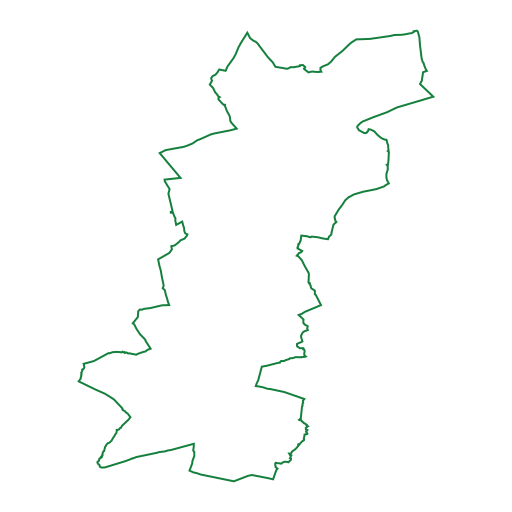 Audnedal nor, Vest-Agder, Norway (Natural Earth projection)
{"feature_id": "86288312B28435141064864", "entity_name": "Audnedal nor", "entity_type": "district", "adm_level": 2, "iso_a3": "NOR", "parent_name": "Norway", "parent_adm1": "Vest-Agder", "projection": "natural_earth1", "projection_center": [7.384, 58.371], "detail": "fine", "context": "isolated", "style": "outline", "palette": "green", "viewbox_px": 512, "rotation_deg": 0, "n_neighbors": 0, "source": "geoboundaries", "source_scale": "gbopen_adm2", "svg_char_len": 6019}
<svg xmlns="http://www.w3.org/2000/svg" viewBox="0 0 512 512"><path d="M273.1,479.3L276.2,470.4L277.5,468.6L275.7,467.3L275.7,466.3L275.4,466.0L275.2,464.1L275.2,463.6L275.7,462.8L277.6,463.2L280.3,463.4L281.0,463.7L281.7,463.5L282.3,462.7L283.9,461.9L286.0,461.7L288.3,462.3L290.8,459.9L291.0,459.0L291.0,458.6L290.1,458.2L290.4,457.8L290.3,457.4L291.3,455.5L289.8,454.9L289.6,454.2L289.2,453.6L291.0,453.6L291.7,452.1L292.6,451.0L294.6,449.8L296.5,448.0L298.8,445.2L298.2,445.1L298.1,444.5L299.8,443.8L302.0,441.5L304.0,440.1L304.0,439.2L303.8,438.9L304.5,435.5L304.5,434.6L307.2,434.0L307.4,433.5L306.5,432.6L306.2,431.9L306.4,431.8L306.2,431.2L306.6,430.6L307.3,430.4L307.4,429.9L305.9,429.3L305.8,428.0L306.1,427.5L307.9,426.4L307.6,426.2L307.6,425.9L306.6,425.2L306.3,424.9L306.5,424.7L305.1,423.6L303.9,423.2L303.5,422.5L302.2,421.7L301.1,420.1L300.0,420.3L299.1,419.8L300.8,418.3L302.0,406.5L302.6,405.8L302.4,404.6L302.7,403.5L303.2,402.9L302.8,401.0L304.3,399.0L284.2,392.0L270.6,389.1L267.2,388.7L263.4,387.4L258.6,386.4L255.8,386.1L256.7,383.4L258.2,380.3L261.8,366.7L267.0,365.7L278.6,362.7L279.7,362.8L280.6,361.4L281.1,361.0L282.0,361.2L282.7,360.9L284.2,361.0L285.5,360.2L289.1,359.1L289.1,358.9L290.0,358.3L292.9,358.1L295.7,357.1L301.5,357.3L301.8,357.0L304.4,356.9L305.8,356.5L304.4,355.2L304.2,353.8L304.5,352.2L304.6,350.7L304.1,349.4L303.2,349.3L303.2,348.2L299.9,348.2L297.2,346.4L296.9,345.7L297.1,343.8L301.0,342.2L302.4,341.4L301.3,337.8L301.0,335.9L302.3,333.1L303.2,332.1L304.2,331.4L307.8,330.1L307.2,328.5L307.7,326.2L304.6,324.5L304.5,324.1L303.5,323.3L303.3,321.8L303.5,319.5L298.7,315.0L301.8,313.8L305.0,311.8L321.0,305.1L315.9,295.1L314.9,294.2L314.8,290.6L311.4,288.4L310.8,287.0L310.6,285.4L309.4,283.8L309.9,283.4L309.8,283.1L308.5,282.4L308.9,274.9L308.7,273.1L304.3,265.3L301.9,260.3L298.2,256.2L296.8,255.7L299.1,253.0L301.0,252.4L302.2,251.0L297.7,248.5L298.0,248.0L297.5,247.5L298.4,245.3L298.5,244.9L298.3,244.5L298.7,244.3L298.7,243.7L299.4,243.4L299.9,242.5L300.0,241.5L300.6,240.8L301.3,235.6L306.6,236.2L310.5,237.3L311.7,236.6L317.5,237.2L323.6,238.6L328.0,239.2L329.0,236.7L331.3,234.5L331.5,232.7L333.5,224.6L336.4,222.0L335.2,220.4L335.0,218.7L334.6,217.9L334.7,216.2L338.7,209.6L342.3,204.8L345.3,200.2L348.9,197.0L349.9,196.7L353.7,194.5L362.9,191.8L376.4,189.1L384.4,186.3L385.4,185.3L388.8,183.4L387.0,180.2L386.4,177.6L386.4,173.9L387.8,169.3L387.7,166.4L386.9,164.9L387.9,164.9L388.4,161.3L388.9,152.2L387.8,151.1L388.6,150.6L388.2,147.5L388.1,145.1L387.3,143.2L386.5,139.8L385.1,139.7L382.5,138.7L380.7,137.6L377.4,134.8L374.4,131.4L370.7,129.6L368.6,129.2L368.1,131.0L367.2,131.8L367.3,132.0L366.9,132.5L365.8,133.1L364.1,133.0L358.8,130.1L358.2,128.8L357.3,127.7L357.2,126.7L357.6,125.9L360.4,123.1L362.5,121.6L373.6,117.1L387.1,112.2L396.8,107.5L433.3,96.7L420.0,84.0L421.8,80.8L423.1,72.2L426.8,70.9L426.3,70.3L425.8,69.2L424.3,65.6L423.6,63.1L422.6,61.8L421.6,58.3L420.0,45.1L419.4,37.4L417.9,31.8L416.9,30.7L413.6,31.3L413.7,32.1L411.2,33.3L410.0,33.3L405.4,34.3L401.4,34.8L394.3,35.0L390.2,36.0L369.9,38.9L356.3,39.4L351.4,42.5L349.2,44.4L342.4,51.0L335.0,56.8L331.0,61.7L328.0,64.3L323.1,66.3L320.5,67.8L320.5,70.3L321.3,71.7L318.1,72.0L314.2,71.8L312.1,71.5L308.5,72.4L304.2,69.1L304.0,68.5L305.2,67.5L305.1,66.9L302.8,65.0L299.9,65.3L299.9,66.1L293.8,67.2L290.5,67.2L289.2,68.0L287.2,68.8L275.4,66.8L272.8,62.4L267.8,57.1L257.2,43.0L255.7,41.8L253.1,40.5L250.1,38.1L247.3,32.7L240.1,44.3L240.0,44.7L238.5,47.3L235.9,53.7L233.6,58.0L227.5,66.5L225.6,70.8L219.2,69.5L217.5,72.3L215.4,74.8L212.9,75.9L211.5,77.5L211.2,78.6L212.0,80.7L209.8,84.6L213.1,88.0L215.2,92.4L217.4,94.7L217.5,95.4L218.3,96.3L219.6,97.1L218.7,97.6L218.3,98.9L218.9,99.9L223.4,104.7L225.0,104.8L224.8,105.9L225.3,106.7L226.9,111.0L229.6,115.9L230.1,118.5L230.3,120.9L231.6,123.0L236.7,128.6L230.9,130.2L214.2,133.5L210.6,134.5L201.1,138.8L197.2,140.3L192.5,143.5L186.4,146.0L183.4,146.9L165.7,150.1L159.7,153.1L180.5,177.9L164.6,179.6L164.8,181.3L169.6,189.1L168.4,193.7L172.6,211.4L170.8,211.9L170.8,212.7L173.0,212.8L174.6,217.0L175.2,217.8L175.4,218.6L175.3,220.5L176.2,224.9L182.2,221.6L183.4,226.2L184.1,228.1L184.3,230.9L185.0,232.9L185.4,233.4L187.4,234.4L186.8,235.8L184.4,238.7L180.5,240.3L179.1,241.9L175.1,245.1L173.8,245.7L171.3,246.2L171.9,249.3L169.4,252.9L158.1,259.4L159.4,265.7L160.8,270.6L162.0,277.7L163.7,285.7L162.7,288.2L164.8,290.1L165.9,295.0L167.3,299.2L167.9,301.7L169.2,305.1L162.1,305.3L150.2,308.1L144.5,308.8L141.6,309.7L140.0,309.5L138.3,311.1L137.8,317.1L132.8,323.3L134.3,324.5L136.4,328.7L139.9,334.1L145.2,339.6L145.7,341.1L150.6,348.7L147.5,349.8L145.4,351.5L143.6,351.8L137.6,353.9L136.2,354.7L129.2,353.3L128.2,353.5L126.9,352.7L125.9,352.7L126.1,352.5L125.8,352.4L124.8,352.9L124.3,352.1L123.1,352.2L122.7,351.7L121.4,352.4L120.1,352.1L116.4,351.9L112.5,352.2L109.6,353.3L108.5,353.1L93.8,361.1L83.8,363.8L84.1,364.3L83.8,364.9L84.4,366.9L83.9,368.5L82.1,369.7L82.4,370.7L81.2,372.9L81.5,373.3L81.6,374.0L81.4,374.2L81.1,375.2L81.4,375.7L80.7,377.8L80.8,378.4L78.7,381.4L95.4,389.5L105.1,393.8L113.8,399.3L121.1,407.0L122.5,408.6L122.3,409.1L122.7,410.0L124.9,411.2L126.2,412.7L127.7,413.6L130.4,417.2L128.5,419.7L122.0,425.8L121.0,427.7L120.0,428.1L119.2,429.3L118.4,429.7L116.7,429.9L116.8,431.0L116.4,433.0L115.3,434.3L114.3,436.2L112.9,438.2L111.4,440.9L109.2,442.8L107.8,443.2L106.5,444.7L105.0,447.2L104.1,451.1L103.5,451.3L102.8,452.3L102.7,453.9L102.2,454.6L102.5,455.5L101.3,456.5L101.8,457.1L101.2,457.7L100.3,457.9L99.2,459.0L99.3,459.5L99.1,459.7L99.0,460.6L97.4,462.0L97.8,463.6L99.5,465.1L99.9,466.7L100.3,467.1L101.9,467.6L105.0,467.4L125.2,461.2L131.6,458.8L132.1,458.3L133.1,458.4L136.1,457.1L157.4,452.7L158.4,452.2L165.0,451.4L168.1,450.4L170.6,450.1L193.8,443.8L193.8,446.2L193.2,450.6L194.3,451.9L194.3,456.2L193.5,458.0L192.3,461.5L192.4,462.5L192.1,463.8L189.5,470.6L193.4,472.4L196.9,473.2L200.6,474.5L233.9,481.3L247.9,475.9L251.8,475.0L267.8,478.1L273.1,479.3Z" fill="none" stroke="#15803d" stroke-width="2"/></svg>